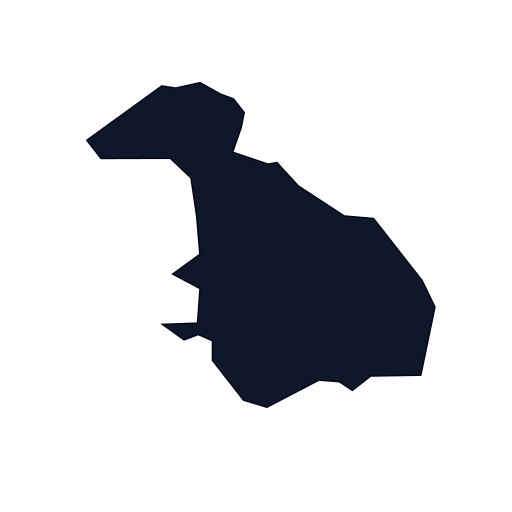 Durrës, Durrës, Albania, rotated 322°
{"feature_id": "67620474B45959085094100", "entity_name": "Durrës", "entity_type": "district", "adm_level": 2, "iso_a3": "ALB", "parent_name": "Albania", "parent_adm1": "Durrës", "projection": "robinson", "projection_center": [19.515, 41.413], "detail": "fine", "context": "isolated", "style": "filled", "palette": "ink", "viewbox_px": 512, "rotation_deg": 322, "n_neighbors": 0, "source": "geoboundaries", "source_scale": "gbopen_adm2", "svg_char_len": 609}
<svg xmlns="http://www.w3.org/2000/svg" viewBox="0 0 512 512"><g transform="rotate(322 256 256)"><path d="M286.5,64.0L193.9,60.6L193.9,83.7L248.6,126.2L252.8,154.5L233.8,188.0L212.8,220.1L179.2,218.9L191.8,247.2L168.6,272.9L140.2,252.3L147.7,277.8L162.1,282.3L169.5,296.0L157.4,311.5L157.4,362.0L171.5,381.9L229.1,392.5L244.2,406.3L249.2,421.2L272.5,421.2L312.5,451.4L365.6,406.4L371.8,377.6L371.7,298.8L350.2,278.8L332.5,226.9L330.0,195.2L322.1,191.1L301.5,159.8L323.7,145.5L335.0,135.7L335.0,118.3L327.9,107.0L318.7,85.0L296.1,74.2L286.5,64.0Z" fill="#0f172a" stroke="#020617" stroke-width="1.5"/></g></svg>